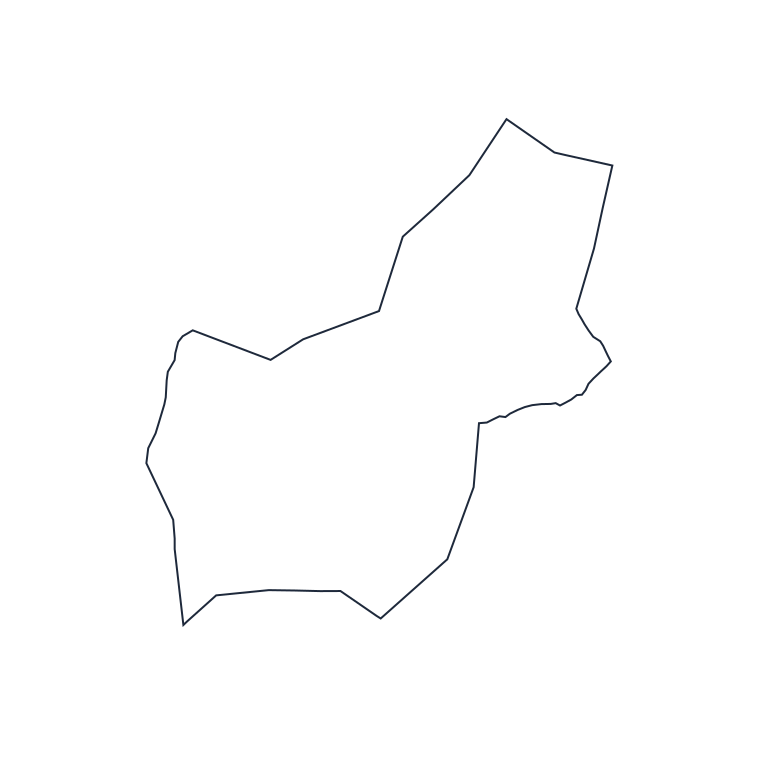 Bela Vista do Piauí, Piauí, Brazil, rotated 107°
{"feature_id": "56859067B1164348175841", "entity_name": "Bela Vista do Piauí", "entity_type": "district", "adm_level": 2, "iso_a3": "BRA", "parent_name": "Brazil", "parent_adm1": "Piauí", "projection": "mercator", "projection_center": [-41.861, -7.998], "detail": "fine", "context": "isolated", "style": "outline", "palette": "slate", "viewbox_px": 768, "rotation_deg": 107, "n_neighbors": 0, "source": "geoboundaries", "source_scale": "gbopen_adm2", "svg_char_len": 1077}
<svg xmlns="http://www.w3.org/2000/svg" viewBox="0 0 768 768"><g transform="rotate(107 384 384)"><path d="M609.2,318.6L533.1,272.2L456.5,268.1L393.7,281.7L390.8,274.4L385.8,269.2L381.1,264.1L380.1,258.2L375.6,254.9L369.8,248.7L364.9,242.6L360.9,236.1L357.2,227.6L354.3,218.7L352.1,214.2L353.1,209.4L349.2,205.4L344.1,200.4L338.2,196.3L336.4,191.6L330.7,189.4L324.0,188.5L317.4,185.3L312.7,182.6L308.4,180.2L301.9,176.4L296.1,173.7L291.4,178.3L287.6,181.8L283.4,185.6L279.9,189.7L277.7,197.7L273.0,204.0L268.3,209.6L264.4,213.7L260.3,218.3L255.8,222.1L193.0,222.8L151.9,226.3L108.3,229.5L112.0,277.3L112.8,288.7L94.9,344.3L159.3,363.4L202.6,388.0L237.6,409.1L298.5,409.9L315.7,410.1L364.9,474.4L394.1,499.5L388.6,582.6L397.2,590.5L403.9,593.1L415.4,592.6L422.4,591.2L435.5,594.3L444.0,592.9L460.6,588.8L467.8,588.1L488.1,588.0L498.0,588.0L514.3,590.7L529.2,588.1L575.5,545.9L593.0,539.0L603.1,535.9L616.2,530.2L673.1,505.4L668.5,502.8L635.2,482.7L614.8,433.9L607.6,409.1L600.7,384.4L594.7,365.1L607.9,323.4L609.2,318.6Z" fill="none" stroke="#1e293b" stroke-width="2"/></g></svg>